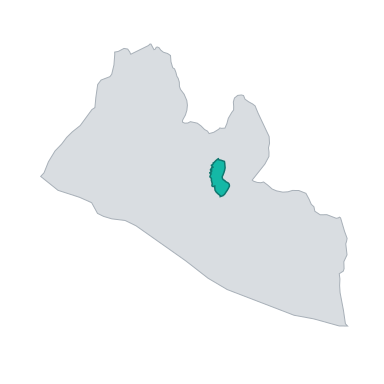 Yarwein Mehnsonnoh, Nimba, Liberia shown in context, rotated 353°
{"feature_id": "62588387B90260404265556", "entity_name": "Yarwein Mehnsonnoh", "entity_type": "district", "adm_level": 2, "iso_a3": "LBR", "parent_name": "Liberia", "parent_adm1": "Nimba", "projection": "albers", "projection_center": [-9.092, 6.596], "detail": "fine", "context": "in_parent", "style": "filled", "palette": "teal", "viewbox_px": 384, "rotation_deg": 353, "n_neighbors": 0, "source": "geoboundaries", "source_scale": "gbopen_adm2", "svg_char_len": 3711}
<svg xmlns="http://www.w3.org/2000/svg" viewBox="0 0 384 384"><g transform="rotate(353 192 192)"><path d="M43.7,158.1L47.5,154.9L53.2,144.5L61.1,134.5L68.4,128.6L74.3,122.5L80.4,117.8L89.2,112.4L102.7,98.0L105.9,96.4L108.1,86.4L111.5,73.8L115.4,69.8L124.6,67.5L126.7,65.3L130.0,56.4L132.1,46.0L132.3,43.7L135.9,43.5L142.0,41.2L145.6,42.3L147.2,45.3L148.0,47.8L166.7,41.3L168.3,40.0L169.3,40.2L171.6,46.1L173.0,45.7L174.1,44.0L175.4,43.9L176.8,44.7L178.3,47.4L180.7,49.8L184.7,51.6L187.3,53.9L187.0,60.2L188.0,66.3L189.7,67.7L190.6,71.3L191.1,75.3L192.1,77.4L192.8,81.4L192.4,85.7L193.1,88.8L196.1,94.0L198.0,100.6L198.0,105.3L196.9,110.2L194.9,114.7L191.4,119.6L191.1,121.5L193.2,122.8L196.3,123.0L199.0,122.0L205.6,124.3L209.0,127.5L212.1,131.5L214.8,133.5L216.1,136.1L220.8,135.4L226.3,132.9L227.4,131.8L229.0,132.4L232.5,132.6L235.0,128.3L237.0,123.3L241.2,117.8L243.3,115.7L243.8,112.2L244.0,107.7L245.6,103.9L249.1,101.7L252.8,101.7L254.9,102.5L255.9,106.3L259.0,109.2L261.6,111.1L262.9,112.0L265.1,114.2L267.2,121.8L275.3,146.3L274.9,153.1L273.3,157.5L273.3,161.8L272.7,166.1L267.8,173.1L253.2,187.5L254.3,188.7L257.8,190.4L261.4,191.2L264.3,190.8L268.0,194.4L271.9,198.8L276.1,201.2L282.1,203.2L287.3,203.5L291.8,202.7L298.1,203.5L304.9,207.2L307.3,213.4L308.9,218.8L311.2,221.5L311.6,226.1L316.4,230.2L323.2,231.0L332.0,235.7L334.3,235.5L335.2,234.9L336.3,235.8L338.6,249.6L340.3,256.9L339.4,259.8L338.3,262.2L338.2,273.3L334.2,279.7L333.6,286.7L332.5,289.0L328.2,291.0L328.2,296.4L327.1,303.0L326.7,309.9L327.9,328.0L328.2,341.5L330.1,344.0L321.8,342.9L297.2,332.7L278.3,326.8L215.0,293.1L197.5,279.6L177.2,259.4L132.3,218.7L122.1,212.1L109.2,208.9L101.2,205.4L95.6,201.7L91.1,190.4L79.8,183.6L59.2,174.0L43.7,158.1Z" fill="#d9dde1" stroke="#a8b0b8" stroke-width="1"/><path d="M211.6,179.1L212.1,179.8L212.3,180.1L212.9,180.8L212.8,181.6L212.7,182.3L212.6,182.9L212.7,183.1L212.8,183.8L213.1,186.1L213.0,186.8L212.6,187.5L212.6,188.1L212.6,188.3L212.9,188.7L212.9,188.8L213.2,189.0L213.9,189.2L214.3,189.1L214.6,189.0L215.3,188.9L215.1,190.2L215.1,190.6L215.1,192.4L215.1,193.0L215.9,194.8L216.0,195.0L217.5,196.9L217.7,197.1L218.5,197.9L218.8,198.2L219.1,198.6L219.6,199.0L219.4,200.0L219.6,200.0L222.2,199.4L222.3,199.4L222.6,199.0L223.2,198.8L224.0,198.3L224.5,197.7L226.2,195.7L226.5,195.4L227.5,194.2L227.8,193.8L228.5,192.9L229.5,191.3L229.7,191.1L229.8,190.8L229.9,190.5L229.9,190.4L229.9,189.5L229.9,188.9L229.4,188.0L229.2,187.8L229.2,187.6L227.4,186.3L226.4,185.6L226.3,185.1L225.6,184.4L225.2,184.1L224.5,183.6L224.3,183.2L224.1,182.8L224.0,182.7L223.8,181.6L223.8,181.0L223.8,180.7L224.3,179.7L224.6,179.3L225.2,178.2L226.2,176.3L226.8,174.9L227.2,174.0L227.3,173.5L227.8,172.1L227.9,169.4L227.9,168.9L228.0,167.5L227.9,165.6L226.6,165.0L226.3,164.8L226.1,164.7L225.5,164.4L224.4,163.9L222.7,163.4L222.2,162.2L221.2,162.6L220.9,162.9L219.7,163.6L219.3,163.9L218.2,164.8L217.5,165.4L216.7,165.7L216.8,166.0L216.6,166.4L216.3,166.6L216.2,166.8L215.9,167.1L215.4,167.4L215.2,167.8L214.8,167.8L214.6,167.8L214.5,168.1L214.9,168.6L215.0,169.1L215.4,169.3L215.6,169.4L215.6,169.5L215.7,169.8L215.8,170.0L215.6,170.1L215.4,170.2L214.8,170.1L214.4,170.4L214.3,170.8L214.2,171.1L214.3,171.4L214.3,171.8L214.2,171.9L213.9,171.9L213.7,171.8L213.5,171.6L213.0,172.2L213.0,172.3L213.1,172.5L213.6,172.7L213.8,173.0L213.6,173.0L213.3,173.4L213.3,173.5L213.8,174.2L213.6,174.4L213.4,174.5L213.2,174.6L213.0,175.1L212.8,175.2L212.7,175.2L212.5,174.8L212.1,174.9L212.1,175.1L212.1,175.4L212.1,175.5L213.1,176.4L212.9,176.5L212.7,176.7L212.6,176.8L212.5,177.2L212.4,177.5L212.2,177.9L211.9,178.4L211.8,178.9L211.7,178.9L211.6,179.0L211.6,179.1Z" fill="#14b8a6" stroke="#0f766e" stroke-width="1.5"/></g></svg>